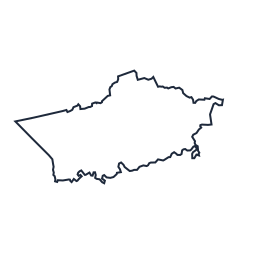 outline of Las Marías, Puerto Rico, rotated 153°
{"feature_id": "32010507B72195961791628", "entity_name": "Las Marías", "entity_type": "district", "adm_level": 2, "iso_a3": "PRI", "parent_name": "Puerto Rico", "parent_adm1": "", "projection": "mercator", "projection_center": [-66.994, 18.239], "detail": "fine", "context": "isolated", "style": "outline", "palette": "slate", "viewbox_px": 256, "rotation_deg": 153, "n_neighbors": 0, "source": "geoboundaries", "source_scale": "gbopen_adm2", "svg_char_len": 2310}
<svg xmlns="http://www.w3.org/2000/svg" viewBox="0 0 256 256"><g transform="rotate(153 128 128)"><path d="M77.2,71.3L76.8,73.0L75.7,73.6L75.9,75.9L74.2,80.1L75.5,82.3L75.4,84.4L74.3,85.8L74.8,91.0L72.9,92.4L69.3,92.4L65.5,94.5L62.6,95.1L62.8,96.9L62.2,97.7L60.6,97.5L55.2,94.4L52.0,93.2L48.8,102.7L48.4,103.2L46.0,105.5L40.9,110.4L38.8,110.5L36.7,107.0L33.9,105.7L30.6,110.1L31.1,110.2L33.9,112.6L37.5,117.2L38.9,118.0L42.1,116.8L46.0,119.6L47.1,118.5L52.0,121.3L54.9,121.0L56.7,119.9L58.2,120.7L57.2,123.7L57.5,126.7L59.3,127.1L61.4,129.9L63.0,134.0L62.3,137.2L64.1,140.7L67.7,141.6L68.7,143.9L70.9,144.7L74.2,145.0L74.9,146.3L77.1,147.2L78.2,149.2L79.4,149.6L80.9,150.7L82.5,151.1L82.3,162.0L84.6,161.2L88.0,161.8L90.8,165.1L97.4,166.5L96.7,170.5L95.5,173.2L96.4,176.3L113.4,178.5L114.6,175.9L116.7,174.0L119.1,174.4L121.9,174.1L123.6,172.6L125.1,172.5L127.0,170.8L129.1,165.2L131.5,165.8L139.0,163.7L139.5,162.8L141.2,162.6L144.1,164.8L144.7,164.4L145.5,165.6L148.9,166.0L150.1,163.9L152.3,163.9L153.4,164.5L157.8,164.9L161.8,166.5L160.8,169.1L161.5,171.7L162.9,170.9L167.1,171.3L169.4,169.5L171.9,169.4L174.7,169.7L174.7,172.0L178.6,172.8L207.5,180.1L225.4,185.0L218.2,162.2L210.9,139.8L209.6,134.5L211.0,130.2L211.9,127.2L213.8,124.8L214.4,121.9L215.8,120.1L215.2,118.3L216.1,115.0L217.2,113.6L215.6,112.1L214.2,113.3L209.8,110.8L204.1,109.0L203.2,108.4L203.4,106.9L202.8,105.4L199.4,107.2L198.0,104.1L197.1,104.0L194.2,105.2L191.2,106.0L191.7,107.8L193.7,107.8L194.0,109.5L192.7,110.8L190.8,111.4L188.9,111.4L187.8,105.9L187.0,105.5L182.6,105.8L182.4,102.4L181.2,101.6L178.8,104.1L177.5,103.5L178.1,100.7L179.9,98.5L179.1,97.0L176.6,95.2L175.6,91.4L174.3,89.6L172.5,91.6L174.1,94.7L172.2,96.9L170.6,96.9L169.5,93.7L166.4,91.6L163.2,90.9L159.1,92.0L158.2,93.1L154.4,91.9L153.9,95.0L154.2,97.8L152.1,100.4L149.8,100.4L148.7,97.2L148.7,94.8L146.0,88.9L143.7,88.1L141.5,87.9L138.9,86.6L135.4,88.2L131.3,87.7L128.6,85.6L127.0,85.7L125.1,87.0L123.5,86.9L119.3,84.9L115.5,86.4L111.4,83.1L110.1,83.1L105.1,83.6L103.6,82.9L100.7,85.2L97.9,85.5L96.6,83.0L96.2,81.6L93.8,80.3L92.1,80.5L89.9,83.5L88.3,83.8L86.6,83.3L85.4,81.0L82.7,79.8L81.4,80.1L78.2,81.7L77.0,81.6L75.8,79.2L76.5,78.4L77.1,77.5L81.1,76.9L82.6,75.8L84.4,71.9L82.6,71.0L79.1,73.2L77.2,71.3Z" fill="none" stroke="#1e293b" stroke-width="2"/></g></svg>